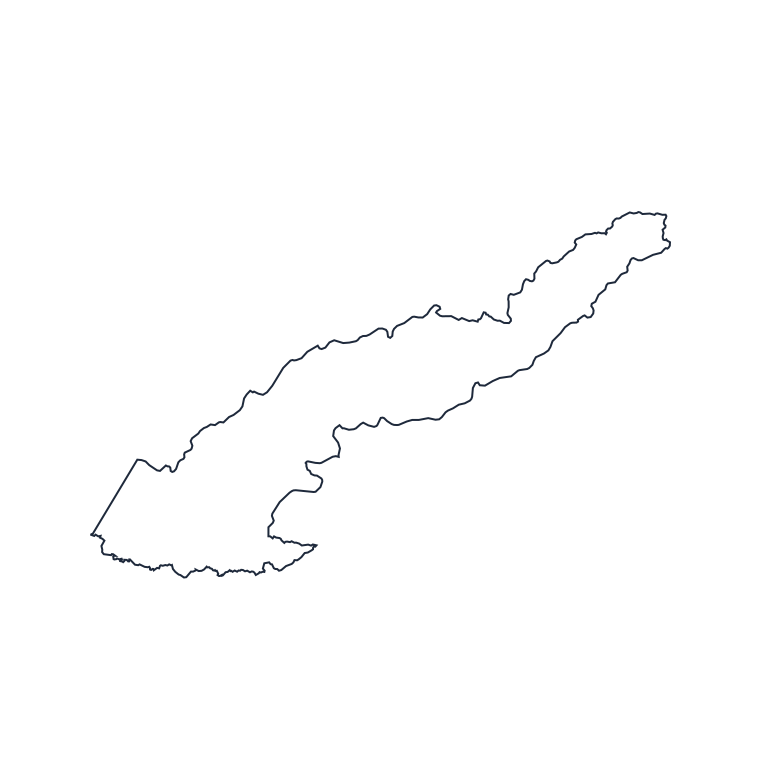 São Paulo de Olivença, Amazonas, Brazil (orthographic projection), rotated 212°
{"feature_id": "56859067B25364634126216", "entity_name": "São Paulo de Olivença", "entity_type": "district", "adm_level": 2, "iso_a3": "BRA", "parent_name": "Brazil", "parent_adm1": "Amazonas", "projection": "orthographic", "projection_center": [-69.469, -4.737], "detail": "fine", "context": "isolated", "style": "outline", "palette": "slate", "viewbox_px": 768, "rotation_deg": 212, "n_neighbors": 0, "source": "geoboundaries", "source_scale": "gbopen_adm2", "svg_char_len": 6137}
<svg xmlns="http://www.w3.org/2000/svg" viewBox="0 0 768 768"><g transform="rotate(212 384 384)"><path d="M551.6,102.8L552.6,101.4L552.4,100.9L549.2,101.6L548.8,103.4L545.5,103.4L543.9,105.0L543.4,103.2L540.7,103.5L538.1,103.0L537.8,96.9L535.1,94.2L534.0,92.1L532.1,91.4L531.4,91.2L524.8,94.2L524.7,95.5L523.5,96.1L520.8,95.9L522.3,95.0L522.3,94.3L520.5,92.2L519.7,92.3L518.2,93.6L518.0,94.6L515.8,94.9L513.9,96.8L513.4,96.4L514.4,94.6L514.0,94.0L512.8,94.4L512.8,94.9L510.8,94.7L510.4,96.2L511.1,97.3L508.9,98.5L506.9,98.0L506.2,98.5L507.1,100.2L506.5,100.6L499.4,98.8L496.4,100.1L495.7,101.5L490.1,102.1L487.1,103.5L486.2,104.6L485.0,104.0L484.1,102.7L483.0,102.9L482.3,104.6L481.6,104.9L480.5,104.0L479.0,107.8L477.0,108.5L477.6,111.1L477.2,112.0L475.3,112.6L473.5,114.6L471.5,115.3L470.6,117.2L468.2,117.5L467.9,118.1L465.0,115.3L461.5,114.1L457.2,113.6L455.4,114.1L451.1,113.9L449.3,115.4L448.3,122.6L446.5,123.7L445.1,125.8L444.9,126.4L445.4,126.9L442.0,127.2L439.7,128.9L438.3,131.4L437.6,135.1L436.8,134.8L435.1,136.0L433.8,135.6L432.0,136.1L430.3,135.4L428.9,135.9L428.7,136.6L427.7,136.3L426.8,137.0L424.0,135.2L423.9,133.8L422.2,133.7L421.4,134.2L420.3,136.2L419.8,135.6L419.2,136.4L418.6,140.4L417.0,141.8L416.2,144.4L415.0,144.0L414.5,144.6L412.9,144.5L411.8,146.7L409.1,147.0L408.5,148.8L407.1,149.4L406.7,150.7L405.1,151.5L402.6,151.5L401.1,153.2L397.9,153.3L396.9,154.9L395.6,155.5L394.0,155.4L391.5,154.1L389.9,157.1L389.8,158.5L388.5,158.9L387.3,160.6L385.9,161.2L386.3,162.4L388.9,163.3L390.5,168.5L386.9,171.9L384.7,171.1L383.4,171.7L379.8,169.4L378.2,169.5L376.4,170.5L374.1,170.0L372.5,171.8L370.6,177.7L366.9,182.5L366.3,184.7L366.6,187.2L364.2,188.5L363.4,190.2L362.3,193.4L361.7,198.6L359.3,200.7L357.2,204.7L356.6,206.2L357.4,207.6L357.4,209.0L356.1,209.6L355.8,211.4L359.3,210.2L360.2,208.3L363.2,207.6L368.1,203.5L371.4,203.7L374.5,202.9L375.9,201.9L379.0,201.7L379.9,200.1L382.7,199.0L384.0,197.9L384.3,196.4L388.1,197.1L389.5,198.0L391.0,198.0L394.1,196.6L396.5,196.5L396.6,194.1L399.7,194.5L401.3,193.6L406.1,201.3L404.7,207.3L405.1,209.7L409.2,212.8L410.0,214.9L409.9,228.6L406.5,241.8L405.4,244.3L404.4,245.8L402.5,247.2L386.3,255.2L384.9,256.4L383.3,262.9L384.6,268.5L385.6,269.9L387.0,270.7L392.3,270.8L394.6,269.6L398.1,269.1L400.9,271.0L403.5,270.8L406.2,273.1L407.4,275.0L408.6,275.5L408.4,277.1L407.5,278.1L400.5,280.7L396.5,282.8L395.3,284.0L389.0,295.1L386.6,297.3L383.8,298.2L384.9,299.6L387.2,306.0L391.9,310.0L399.5,312.9L401.8,318.1L401.7,320.9L399.9,325.5L395.7,324.4L394.6,325.2L389.5,326.6L385.7,329.6L384.3,331.5L382.5,337.7L381.2,340.2L375.4,340.6L369.7,342.4L368.1,344.4L367.9,345.8L368.8,353.5L367.3,354.8L365.8,355.1L361.7,354.2L356.2,354.1L353.9,354.6L351.2,356.1L349.8,357.2L344.8,364.3L341.1,368.4L335.3,372.1L328.4,378.5L321.4,381.0L318.5,383.3L317.4,386.6L316.8,392.6L315.7,395.3L312.6,399.9L309.6,406.1L305.3,410.4L302.3,415.5L302.0,417.8L302.5,419.9L306.5,427.7L306.9,433.1L305.1,435.1L302.1,433.7L297.5,436.1L293.3,444.2L289.1,450.4L280.2,457.9L277.5,466.1L276.5,467.5L270.5,472.6L269.3,474.6L268.3,478.9L269.2,482.9L269.4,487.2L264.5,494.6L262.4,499.6L262.5,503.6L263.8,509.6L261.2,520.7L260.6,528.1L258.2,534.2L257.0,535.6L253.3,538.1L252.5,539.8L253.6,541.2L251.2,547.2L250.2,548.5L246.7,548.1L244.2,550.3L243.9,554.6L245.2,557.4L247.0,558.9L249.5,559.9L250.3,562.2L248.3,565.8L249.3,573.3L246.5,581.5L247.7,585.7L247.4,587.9L242.0,592.7L241.1,602.0L240.4,603.6L237.4,607.4L237.5,609.3L239.9,612.3L239.8,616.4L240.6,619.7L240.3,621.8L239.2,623.0L234.1,623.6L230.9,625.6L224.3,636.1L218.5,642.2L217.6,647.2L217.0,648.6L215.4,649.0L214.9,650.5L214.9,652.7L216.6,655.8L219.9,655.6L221.2,656.3L221.8,655.0L223.5,654.4L224.8,655.4L225.9,656.9L226.9,660.1L229.5,662.5L228.4,665.8L229.2,667.5L230.7,667.7L232.0,668.7L233.1,671.9L232.8,673.7L233.5,676.0L234.9,676.8L237.6,675.0L242.5,673.6L243.7,672.5L244.1,670.8L248.9,669.4L254.9,665.1L257.8,665.2L259.4,664.6L260.3,663.0L262.7,660.9L266.5,659.7L271.1,652.0L271.5,650.2L272.5,648.8L274.5,647.6L275.2,646.3L275.8,642.8L275.3,641.0L274.2,640.0L273.9,638.5L274.7,635.7L276.3,634.6L276.8,632.4L276.5,631.0L275.2,630.3L275.1,628.6L276.8,628.8L279.5,627.0L282.7,626.0L283.5,624.4L285.2,624.0L287.5,621.2L292.5,617.6L294.1,613.6L297.6,608.7L297.9,607.1L297.2,605.0L294.9,604.2L294.4,600.5L294.7,597.9L297.2,594.5L299.2,587.4L299.3,584.8L300.5,582.6L300.9,580.1L301.9,578.7L305.3,575.5L307.0,574.9L308.5,575.7L310.8,575.3L311.8,574.2L315.1,564.7L314.7,559.9L315.1,557.3L312.2,553.0L312.1,550.8L312.9,549.5L314.9,548.7L316.9,548.8L319.1,548.1L319.6,545.6L319.0,542.2L317.0,537.1L317.0,533.9L321.2,528.4L324.4,527.4L325.1,525.1L323.6,521.6L322.1,520.1L318.9,515.1L316.9,509.5L315.6,508.2L311.1,506.6L309.8,504.8L310.3,501.9L314.6,499.4L319.3,499.1L321.3,497.8L325.0,496.9L329.2,497.7L330.5,497.1L332.7,497.8L334.2,497.1L335.6,498.3L337.4,497.6L336.6,491.1L337.0,489.7L338.2,488.7L337.6,486.5L342.6,485.0L345.1,482.5L352.9,481.2L354.6,477.9L362.9,477.2L370.5,472.3L372.7,471.6L377.7,472.2L377.8,473.7L376.1,477.5L377.8,479.0L381.3,478.6L383.1,477.1L384.3,471.8L384.4,466.1L386.4,460.9L390.0,458.7L394.1,457.1L395.5,455.9L399.1,446.4L403.7,440.2L404.7,436.1L404.4,433.1L402.4,429.1L403.2,426.4L405.6,426.2L408.8,430.0L411.1,431.0L414.7,430.2L418.0,428.1L422.4,418.4L424.4,415.5L427.3,413.5L429.1,410.7L429.6,407.2L430.5,405.4L435.4,400.7L440.3,397.1L449.4,394.7L452.3,390.4L453.0,383.8L455.4,380.6L457.6,380.0L460.5,381.4L466.1,370.7L467.6,362.2L471.0,357.8L472.8,356.3L474.3,355.9L475.7,354.3L478.0,344.3L477.8,323.3L478.8,315.0L480.9,310.7L485.4,309.2L490.2,308.7L490.8,307.4L493.9,307.4L494.9,302.3L495.0,297.6L492.2,290.0L492.4,285.4L495.2,278.0L497.9,273.9L499.8,266.3L502.7,265.0L503.7,264.0L505.5,259.6L509.6,257.8L511.5,253.7L513.4,251.2L515.1,246.6L515.2,243.6L518.0,236.3L517.7,233.1L513.8,230.1L512.9,227.2L513.2,225.5L516.6,220.2L516.2,218.4L514.4,216.1L514.4,214.2L516.3,211.4L516.9,208.6L515.3,201.8L515.8,198.7L517.0,197.2L518.8,197.2L521.0,199.9L522.6,200.2L524.0,199.4L525.8,199.3L527.9,191.6L530.7,190.5L540.1,190.8L545.1,192.0L549.3,191.0L553.1,189.1L551.6,102.8Z" fill="none" stroke="#1e293b" stroke-width="2"/></g></svg>